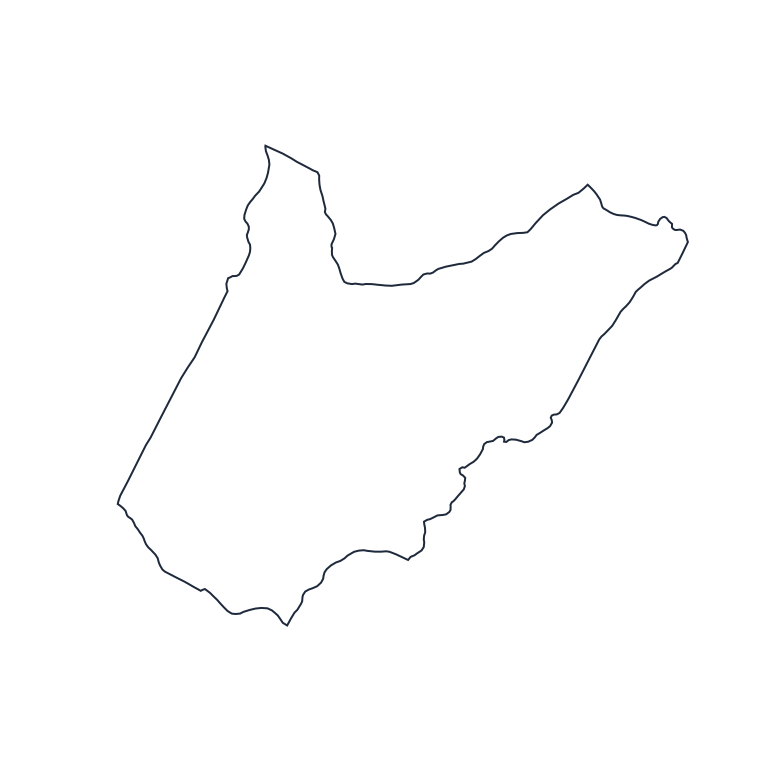 outline of Ivindo, Ogooué-Ivindo, Gabon, rotated 296°
{"feature_id": "22940354B21315660080276", "entity_name": "Ivindo", "entity_type": "district", "adm_level": 2, "iso_a3": "GAB", "parent_name": "Gabon", "parent_adm1": "Ogooué-Ivindo", "projection": "mercator", "projection_center": [13.138, 0.623], "detail": "fine", "context": "isolated", "style": "outline", "palette": "slate", "viewbox_px": 768, "rotation_deg": 296, "n_neighbors": 0, "source": "geoboundaries", "source_scale": "gbopen_adm2", "svg_char_len": 4678}
<svg xmlns="http://www.w3.org/2000/svg" viewBox="0 0 768 768"><g transform="rotate(296 384 384)"><path d="M167.9,195.9L167.1,196.0L162.5,196.6L159.4,197.3L159.0,200.0L158.1,203.7L156.7,207.3L153.4,210.5L152.5,212.3L152.2,215.0L151.7,217.1L149.5,220.2L147.2,222.8L145.6,226.3L143.5,229.8L141.7,233.4L139.9,235.7L137.9,237.7L135.6,240.4L133.8,243.8L132.8,247.1L130.5,253.2L128.2,257.0L125.0,259.7L122.7,262.3L120.1,266.2L119.3,269.5L119.0,282.4L118.9,291.3L118.6,296.3L118.2,301.7L117.8,310.0L119.5,311.2L121.2,312.9L120.7,315.7L120.0,319.2L118.6,323.2L116.8,328.8L115.1,332.8L113.2,337.7L111.4,342.9L110.9,347.9L112.2,351.4L114.5,355.2L117.6,357.6L122.2,362.5L125.8,366.9L128.9,371.8L131.3,377.6L131.4,382.5L130.3,386.9L129.4,390.0L127.3,393.8L125.0,397.7L124.5,402.8L132.9,403.2L139.3,403.8L143.0,405.1L150.2,405.8L152.8,405.7L156.9,404.1L159.0,403.7L163.0,404.2L166.5,406.7L169.3,409.5L173.0,412.6L177.9,414.5L182.3,414.7L184.9,413.8L188.7,413.1L192.6,413.7L197.8,415.9L202.6,419.1L205.8,422.3L209.9,424.9L213.9,426.5L217.6,429.0L220.1,430.7L223.2,434.4L225.7,438.6L226.7,442.1L229.2,449.0L231.8,454.5L234.6,459.3L235.6,462.4L236.2,469.4L236.4,482.8L240.3,483.7L243.4,486.5L246.3,488.0L250.8,490.7L254.9,491.2L259.3,489.6L261.7,487.9L265.1,486.6L268.9,486.0L272.7,483.9L275.7,481.6L277.8,480.3L280.9,482.4L282.8,484.7L286.3,487.4L289.3,489.6L292.0,494.2L294.1,497.0L297.6,498.8L299.9,499.0L302.7,497.8L304.7,496.7L307.5,496.8L308.9,497.7L311.3,498.5L315.8,499.6L320.9,501.0L324.3,501.9L327.6,501.5L330.0,499.7L332.9,499.0L335.3,498.1L336.4,495.1L336.6,492.4L337.9,490.8L340.7,489.1L343.5,490.9L344.1,493.2L346.1,494.3L349.7,496.2L353.3,498.6L357.6,500.3L363.1,501.2L369.0,501.4L371.1,500.6L373.9,500.4L376.8,501.9L378.9,504.7L380.7,507.0L384.3,508.6L386.6,510.0L388.3,512.9L388.4,515.3L386.7,516.6L384.8,517.2L385.6,519.4L388.3,520.7L390.1,522.9L391.8,527.0L392.8,532.3L393.2,535.7L395.3,538.9L398.8,541.8L402.0,542.9L405.2,543.5L408.2,545.5L413.0,548.4L415.9,550.3L418.8,551.7L423.0,552.0L425.2,550.5L426.7,548.7L429.1,548.6L430.8,549.9L432.5,552.7L435.0,554.5L440.6,555.4L446.4,555.9L448.9,556.1L452.4,556.3L473.2,557.0L492.9,557.4L518.3,557.9L521.9,558.6L525.4,560.1L531.9,562.2L536.3,563.6L542.5,564.3L552.7,565.0L556.5,566.1L559.9,567.4L565.1,568.9L569.2,569.4L572.5,569.7L577.3,569.9L580.4,571.1L582.8,572.2L588.0,574.3L593.2,577.0L600.3,582.3L604.1,584.7L608.7,587.7L612.2,590.2L614.6,591.7L619.5,593.3L621.6,594.9L632.1,595.0L644.8,594.9L647.7,592.2L650.4,590.2L652.0,588.0L652.9,585.7L652.6,582.5L651.9,581.3L650.7,579.5L650.0,577.9L650.3,575.4L651.1,574.1L654.2,572.7L654.9,569.8L655.7,567.7L657.1,565.2L657.1,562.7L656.1,561.3L653.4,559.8L650.1,559.4L647.8,560.0L646.3,559.6L645.6,558.5L645.0,556.7L644.5,554.2L644.2,551.8L644.2,547.4L644.1,543.2L643.7,539.7L643.4,536.9L643.1,535.5L642.6,532.8L641.6,528.6L640.6,525.8L639.4,523.0L638.1,519.4L637.5,516.0L637.4,512.1L637.9,507.4L638.1,504.1L639.2,502.2L641.8,499.9L644.5,497.3L646.0,494.7L647.6,492.0L649.4,488.3L651.2,483.5L652.4,479.7L647.2,477.8L641.1,475.0L637.0,471.2L631.3,467.6L622.6,461.7L613.6,456.7L605.4,452.9L594.9,449.7L587.4,447.9L583.3,446.4L581.0,443.1L578.0,437.5L574.5,432.3L571.3,429.2L567.7,426.9L562.8,424.8L557.7,423.1L553.0,421.8L549.4,419.7L545.5,416.2L540.5,413.6L536.4,411.6L532.4,409.1L526.8,402.3L524.9,399.0L516.6,388.2L511.2,382.3L508.5,380.6L505.8,379.3L503.5,377.2L502.3,374.4L499.7,371.4L496.5,370.3L492.7,369.2L487.8,366.5L485.4,363.9L481.1,356.3L475.7,348.0L473.1,342.0L470.2,334.2L468.5,329.4L465.9,323.8L463.9,321.0L461.6,314.1L459.8,311.5L458.4,306.9L458.4,303.6L460.5,300.6L464.5,296.5L468.4,293.0L471.1,290.2L473.3,286.6L475.6,282.6L477.3,280.6L481.0,278.7L483.6,277.7L484.3,276.7L486.5,275.6L492.3,275.5L497.6,274.6L502.4,270.8L505.9,267.6L508.2,264.1L510.2,259.7L511.0,257.5L512.6,255.5L515.9,254.5L519.0,251.9L522.1,249.3L525.7,246.5L530.6,241.8L534.8,238.7L539.1,236.2L542.9,234.4L545.2,231.3L544.9,226.7L545.1,222.0L545.3,215.5L545.5,208.2L546.2,201.8L546.7,191.8L546.4,181.8L546.2,173.0L545.3,173.3L541.5,175.8L538.1,179.4L535.1,182.2L531.0,184.8L522.8,187.2L517.2,188.2L511.7,188.5L506.2,187.9L502.2,187.4L496.9,185.7L492.2,184.8L489.2,184.0L484.8,183.3L480.6,183.6L474.7,184.5L471.2,185.9L469.3,188.4L468.3,190.9L466.1,193.6L463.7,194.7L460.5,195.2L457.8,195.4L455.8,196.7L452.3,199.9L450.5,202.5L447.5,204.3L444.1,205.6L440.4,206.2L431.5,206.5L426.0,206.5L418.9,205.8L416.7,204.3L415.6,202.5L414.6,200.5L412.4,199.0L410.8,197.5L404.9,198.4L401.4,200.6L398.8,202.7L392.8,202.6L367.3,202.8L341.5,202.0L325.1,202.1L312.9,200.4L300.3,199.1L256.5,198.1L233.6,197.7L224.7,196.8L205.6,196.6L184.8,196.4L167.9,195.9Z" fill="none" stroke="#1e293b" stroke-width="2"/></g></svg>